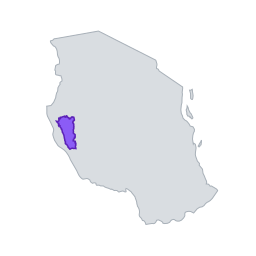 Mpanda, Katavi, United Republic of Tanzania shown in context, rotated 350°
{"feature_id": "72390352B28587760392267", "entity_name": "Mpanda", "entity_type": "district", "adm_level": 2, "iso_a3": "TZA", "parent_name": "United Republic of Tanzania", "parent_adm1": "Katavi", "projection": "equal_earth", "projection_center": [30.595, -6.035], "detail": "fine", "context": "in_parent", "style": "filled", "palette": "violet", "viewbox_px": 256, "rotation_deg": 350, "n_neighbors": 0, "source": "geoboundaries", "source_scale": "gbopen_adm2", "svg_char_len": 7278}
<svg xmlns="http://www.w3.org/2000/svg" viewBox="0 0 256 256"><g transform="rotate(350 128 128)"><path d="M100.7,185.6L98.4,184.0L96.4,183.0L94.7,181.9L93.9,180.9L92.3,180.5L91.0,180.3L89.7,179.3L87.1,178.9L86.8,178.3L86.8,176.8L86.3,176.5L85.4,176.1L84.3,176.1L83.7,176.3L83.4,176.2L82.5,175.4L81.7,174.3L81.4,172.6L80.2,171.4L78.9,170.6L75.0,170.6L74.4,170.4L73.5,169.5L72.5,168.1L71.6,166.4L70.9,164.2L70.1,161.1L65.7,149.0L65.3,146.8L64.4,144.2L63.0,141.1L61.5,138.8L59.5,136.7L57.2,134.6L56.0,133.2L53.6,127.5L53.1,124.8L52.8,122.1L52.9,120.9L54.4,117.4L54.5,116.4L54.4,115.0L53.6,112.2L52.7,108.7L50.8,102.5L50.6,100.9L50.6,99.7L51.7,93.3L51.7,92.4L56.1,92.5L59.3,89.7L62.1,85.5L62.6,83.8L63.8,81.1L64.9,79.8L65.3,78.9L66.0,76.2L67.4,74.4L68.9,73.0L68.6,72.0L68.8,71.6L69.6,70.9L71.1,70.3L71.4,68.9L71.4,67.3L71.1,66.4L71.2,65.4L70.9,64.8L69.9,64.7L68.5,63.9L67.2,63.5L66.4,63.1L66.1,62.7L66.0,61.8L66.6,59.3L66.0,58.3L67.5,54.3L67.8,53.8L68.3,53.7L69.2,53.3L70.0,53.1L70.7,53.2L71.2,53.1L71.6,52.6L72.0,51.2L72.3,48.9L72.1,47.1L71.5,45.6L71.3,43.4L71.6,40.5L71.4,38.0L70.7,36.0L70.0,34.9L68.9,34.3L67.1,31.3L66.6,29.8L66.7,28.9L67.3,28.6L68.4,28.7L69.4,28.3L70.4,27.5L71.3,27.3L71.8,27.4L115.7,27.4L167.0,65.9L167.2,66.4L167.6,69.7L167.5,70.9L166.7,72.8L166.5,73.8L166.5,74.5L167.3,74.8L167.9,75.3L168.1,75.6L168.5,77.1L169.1,77.8L188.5,96.7L188.9,97.0L188.7,98.6L187.5,102.4L187.5,104.0L187.0,105.9L186.6,107.1L185.5,112.5L184.5,114.6L183.2,119.3L183.0,122.9L183.7,125.4L183.9,127.8L185.4,130.1L186.6,131.0L187.4,132.0L188.8,134.5L189.6,136.9L192.2,138.1L193.2,140.8L192.8,142.7L191.6,144.3L190.5,146.8L189.6,150.1L189.5,155.2L190.1,154.4L191.5,155.7L191.6,159.4L190.2,163.7L189.7,165.8L189.7,167.5L190.6,172.7L192.2,175.3L192.0,176.2L191.6,176.9L194.2,181.5L194.0,185.6L194.9,188.8L195.4,191.5L196.0,193.6L196.1,195.1L195.3,196.7L197.2,197.1L198.3,198.4L198.8,199.6L200.2,199.6L201.0,200.4L202.0,201.2L204.4,203.3L205.1,204.3L205.4,205.3L198.8,212.0L196.4,213.7L194.6,214.5L192.8,215.0L191.1,216.0L189.4,217.6L187.3,218.5L184.8,218.5L182.1,219.6L177.9,223.1L175.4,221.2L173.5,220.6L171.3,220.6L170.0,220.9L169.5,221.3L169.0,222.4L168.7,224.4L167.2,226.2L164.7,228.0L162.3,228.6L160.2,228.2L158.7,227.4L158.0,226.4L156.9,225.9L155.4,226.0L154.0,226.7L152.6,228.1L150.5,228.7L147.5,228.5L145.9,227.9L145.7,226.7L144.4,225.4L142.1,223.8L140.3,223.8L139.2,225.3L138.2,226.2L137.2,226.6L136.4,226.6L135.2,226.2L132.0,226.1L128.9,226.1L128.6,224.0L127.9,222.7L127.4,221.9L126.3,221.7L126.0,221.1L125.7,219.8L125.1,218.7L124.4,217.7L124.0,216.9L123.9,216.1L124.0,215.2L124.7,213.0L124.9,211.5L124.8,209.9L124.5,208.4L123.7,206.5L123.8,205.9L123.6,204.7L123.6,203.8L123.7,202.6L123.6,201.2L123.0,198.0L123.0,197.2L122.3,195.7L120.3,192.1L120.2,191.6L116.9,188.0L115.6,187.2L115.2,187.9L115.0,188.5L115.1,189.7L115.1,190.3L114.9,190.5L114.2,190.5L113.7,190.3L112.5,189.4L111.5,189.1L109.1,189.3L108.3,189.5L107.6,189.3L106.4,187.7L104.9,187.3L103.6,187.2L101.4,185.3L100.7,185.6ZM192.6,124.9L193.7,128.9L193.5,129.6L192.8,130.1L192.4,130.1L191.9,129.5L191.6,128.1L191.0,128.5L190.1,126.8L189.1,126.8L188.3,124.8L188.6,123.2L188.4,120.3L189.5,118.8L190.1,116.4L190.7,118.0L190.9,120.7L191.8,123.8L192.6,124.9ZM197.9,101.0L198.0,102.0L197.8,102.8L197.8,105.7L197.7,107.6L196.9,110.2L196.3,111.1L195.7,110.9L195.2,110.4L194.8,109.7L195.6,104.9L195.2,101.4L196.7,101.7L197.9,101.0ZM195.4,158.7L194.7,159.0L194.4,158.8L193.9,158.0L194.7,157.3L195.5,156.0L197.3,154.1L198.2,152.6L198.0,154.1L197.0,157.3L196.1,157.5L195.4,158.7Z" fill="#d9dde1" stroke="#a8b0b8" stroke-width="1"/><path d="M73.5,131.8L73.3,131.7L73.1,131.7L72.8,131.5L72.5,131.4L72.1,131.2L72.0,130.9L71.9,130.9L72.0,130.7L72.0,130.4L72.2,130.1L72.2,129.9L72.4,129.6L72.8,129.5L72.9,129.4L73.0,129.3L73.4,129.1L73.6,128.8L73.5,128.2L73.7,127.8L74.1,127.8L74.3,128.0L74.5,127.6L74.5,127.3L74.5,127.2L74.5,126.9L74.5,126.7L74.6,126.2L74.8,125.7L74.7,125.3L74.5,125.2L74.4,125.0L74.4,124.8L74.3,124.7L73.9,124.4L73.7,124.2L73.3,123.7L73.3,123.4L73.3,123.1L73.5,122.9L73.6,122.3L73.7,122.1L73.7,121.5L73.7,121.3L73.7,121.2L73.7,120.9L73.8,120.6L73.8,120.4L73.8,120.2L74.0,120.0L74.1,119.9L74.3,119.6L74.4,119.3L74.5,119.1L74.6,118.9L74.5,118.4L74.5,118.2L74.8,117.9L74.9,117.7L75.0,117.2L74.9,117.0L74.8,116.8L74.8,116.7L75.0,116.4L75.0,116.2L75.0,115.9L75.1,115.7L75.2,115.4L75.1,115.2L75.2,114.9L75.1,114.6L75.2,114.3L75.2,114.2L74.9,113.9L74.7,113.7L74.6,113.4L74.5,113.2L74.7,112.8L74.9,112.7L75.0,112.5L75.0,112.3L74.9,112.1L75.0,112.0L75.1,111.9L75.4,111.5L75.8,111.5L76.1,111.4L76.2,111.2L76.3,111.2L76.6,110.9L76.6,110.6L76.6,110.2L76.6,109.9L76.5,108.0L76.3,107.9L75.9,107.9L75.3,107.7L74.9,107.5L74.6,107.5L74.6,107.4L74.4,107.4L74.4,107.5L74.5,107.5L74.4,107.6L74.2,107.6L73.9,107.9L73.7,108.1L72.8,108.3L72.7,108.4L72.7,108.7L72.4,108.6L72.1,108.7L72.1,108.8L71.9,108.9L71.7,108.8L71.6,108.7L71.6,108.3L71.6,108.1L71.7,107.9L71.5,107.7L71.4,107.7L71.2,107.5L70.9,107.4L70.7,107.3L70.7,107.2L70.6,106.9L70.4,106.8L70.4,106.7L70.2,106.5L70.1,106.3L70.1,106.2L70.0,105.9L69.9,105.5L69.8,105.4L69.7,105.3L69.4,105.4L69.3,105.5L69.2,105.6L69.2,105.9L68.9,105.9L68.8,106.0L68.7,106.1L68.6,106.3L68.6,106.5L68.4,106.5L68.1,106.3L67.8,106.2L67.8,105.9L67.9,105.6L67.8,105.4L67.5,105.6L67.0,105.5L66.8,105.5L66.7,105.6L66.2,105.5L65.8,105.6L65.7,105.6L64.9,105.8L64.6,105.8L64.3,105.8L63.9,106.0L63.5,106.1L63.4,106.0L63.3,106.5L63.2,106.7L63.2,106.9L63.1,107.0L62.8,107.1L62.5,107.2L62.4,107.2L62.4,106.8L62.4,106.3L62.1,106.4L61.7,106.2L61.5,106.3L61.4,107.5L61.3,108.1L61.4,108.3L61.4,108.5L61.1,109.1L60.8,109.2L59.8,109.3L59.4,109.2L58.9,109.0L58.7,108.9L58.8,109.3L59.1,109.6L59.4,110.3L59.6,110.7L59.9,111.0L60.2,111.1L60.5,111.3L60.6,111.8L60.6,112.1L60.4,112.3L60.2,112.4L60.1,112.6L60.1,112.8L60.2,112.7L60.2,112.8L60.3,112.8L60.3,113.0L60.2,113.1L60.3,113.2L60.5,112.9L60.5,113.0L60.4,113.4L60.4,113.6L60.5,113.5L60.8,113.7L61.0,113.6L61.1,113.8L61.2,113.7L61.1,113.9L61.3,114.0L61.2,114.1L61.3,114.4L61.3,114.5L61.2,114.9L61.3,115.3L61.8,116.0L61.9,116.3L62.1,116.6L62.1,116.8L62.2,117.1L62.1,117.4L62.3,117.5L62.4,117.8L62.5,117.8L62.5,118.1L62.6,118.3L62.6,118.5L62.6,118.8L62.6,119.0L62.6,119.4L62.7,119.9L62.7,120.3L62.6,120.6L62.6,120.8L63.0,121.5L63.2,122.4L63.4,123.2L63.5,123.5L63.6,124.0L63.6,124.8L63.6,125.4L63.6,125.9L63.6,126.9L63.6,127.4L63.7,128.2L63.6,129.0L63.6,129.3L63.8,130.0L63.8,130.3L63.8,130.7L64.0,130.7L64.0,130.9L63.9,131.2L63.9,131.3L63.8,131.6L63.8,131.8L63.7,131.9L63.7,132.1L63.6,132.3L63.6,132.5L63.8,132.9L64.0,133.0L64.4,133.3L64.5,133.3L64.8,133.5L64.9,133.8L64.9,134.0L65.0,134.3L65.2,134.6L65.3,134.9L65.3,135.1L65.7,135.6L65.7,136.0L65.6,136.5L65.9,136.9L66.2,137.1L66.3,137.3L66.3,137.6L66.5,137.8L66.7,138.2L66.8,138.4L67.1,138.8L67.7,138.7L68.0,138.5L68.6,138.3L69.6,138.2L70.5,138.5L70.9,138.7L71.0,138.8L71.9,138.8L73.1,139.2L73.1,138.7L73.1,138.4L73.1,138.0L73.0,137.8L73.0,137.6L73.0,137.2L73.1,136.6L73.3,136.3L73.4,136.2L73.5,136.1L73.7,135.8L73.7,135.7L73.7,135.2L73.7,134.9L73.8,134.9L73.9,134.7L73.8,134.3L73.9,134.1L73.7,134.0L73.8,133.9L73.7,133.8L73.7,133.7L73.6,133.8L73.6,133.6L73.7,133.4L73.5,133.2L73.4,133.1L73.5,132.9L73.5,132.7L73.4,132.6L73.4,132.3L73.5,132.2L73.4,131.9L73.5,131.8Z" fill="#8b5cf6" stroke="#5b21b6" stroke-width="1.5"/></g></svg>